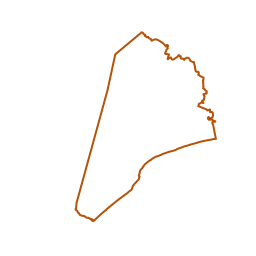 Limon, Colón, Honduras (Natural Earth projection), rotated 140°
{"feature_id": "27666195B22880782572265", "entity_name": "Limon", "entity_type": "district", "adm_level": 2, "iso_a3": "HND", "parent_name": "Honduras", "parent_adm1": "Colón", "projection": "natural_earth1", "projection_center": [-85.558, 15.789], "detail": "fine", "context": "isolated", "style": "outline", "palette": "amber", "viewbox_px": 256, "rotation_deg": 140, "n_neighbors": 0, "source": "geoboundaries", "source_scale": "gbopen_adm2", "svg_char_len": 5276}
<svg xmlns="http://www.w3.org/2000/svg" viewBox="0 0 256 256"><g transform="rotate(140 128 128)"><path d="M214.1,78.9L213.8,79.0L212.6,78.9L211.4,79.0L210.5,79.1L206.7,79.2L204.2,79.4L203.2,79.4L202.9,79.4L199.6,79.4L198.4,79.4L197.6,79.3L196.5,79.5L195.4,79.6L193.8,79.4L193.1,79.5L191.5,79.4L190.6,79.5L190.2,79.5L189.6,79.4L188.6,79.5L186.6,79.3L186.0,79.4L184.5,79.4L182.1,79.3L177.8,79.1L175.9,78.9L175.1,78.8L174.7,78.8L174.2,78.9L173.4,78.9L172.0,78.6L171.0,78.6L170.4,78.5L169.8,78.6L168.1,78.7L166.2,78.5L165.2,78.5L164.8,78.6L163.3,79.3L162.2,80.1L161.5,80.5L159.8,80.8L159.2,81.0L158.5,81.0L156.5,81.3L154.9,81.5L154.0,81.6L153.1,81.7L152.4,81.9L152.2,82.1L152.1,82.3L151.9,82.6L151.3,82.8L150.8,83.0L150.4,83.3L150.3,83.6L150.4,84.3L150.0,84.8L149.7,85.1L149.0,85.3L148.4,85.8L147.6,86.3L146.6,87.3L146.3,87.5L145.9,87.6L145.3,87.8L142.9,88.1L141.8,88.4L141.2,88.7L140.1,88.9L138.7,89.3L137.7,89.3L136.2,89.3L135.4,89.4L133.0,89.2L131.9,89.0L131.2,88.9L130.8,88.8L129.7,88.9L127.8,88.7L126.4,88.4L124.9,88.1L123.1,87.2L121.5,86.7L120.9,86.6L120.4,86.3L119.3,86.0L118.4,85.8L117.2,85.5L116.0,84.9L113.5,84.0L111.4,83.2L108.2,81.6L106.1,80.7L105.5,80.5L104.2,80.4L102.3,79.8L100.1,78.9L96.4,77.6L93.5,76.2L91.4,75.4L85.1,72.5L82.6,71.5L80.4,70.4L79.4,70.0L76.8,68.5L71.8,65.7L69.3,64.3L67.6,63.3L60.7,75.8L60.7,76.2L60.6,76.7L60.4,77.0L60.2,77.5L59.9,77.9L59.7,78.2L59.4,78.2L58.9,77.9L58.2,77.4L57.5,77.0L57.1,76.9L56.9,77.0L57.0,77.4L57.1,77.6L57.5,78.0L57.8,78.5L57.9,78.9L58.1,80.0L58.2,80.4L58.5,80.6L59.0,81.0L60.2,82.1L60.6,82.4L60.8,82.5L60.8,82.9L60.8,83.3L60.7,83.7L60.5,84.0L60.3,84.4L60.0,84.6L59.7,84.6L59.4,84.6L59.2,84.4L59.0,83.4L58.8,83.0L58.6,82.6L58.4,82.4L58.0,82.1L57.6,82.0L57.0,81.9L56.5,81.9L55.9,82.1L54.5,83.3L53.5,84.8L53.3,85.3L53.2,85.6L53.3,85.9L53.4,86.1L53.5,86.4L53.7,86.6L54.7,87.2L54.9,87.4L54.9,87.5L54.5,88.2L54.2,88.5L53.8,88.8L53.5,89.1L53.4,89.3L53.4,89.5L53.5,89.6L54.7,89.9L55.3,90.2L55.7,90.4L55.9,90.6L56.0,90.7L56.0,91.0L55.8,91.5L60.0,99.4L59.7,99.5L58.6,100.8L58.3,100.9L58.0,100.9L56.9,100.5L56.4,100.4L54.8,100.4L54.7,100.3L54.6,100.1L54.6,99.4L54.6,99.2L54.3,98.8L54.1,98.8L54.0,99.0L53.9,100.4L53.8,101.0L53.5,101.1L53.0,100.9L52.5,101.0L52.2,101.0L51.9,100.8L51.6,100.8L51.1,101.5L49.6,102.5L49.1,103.0L48.9,104.6L48.6,104.8L48.4,105.3L48.2,105.3L47.9,105.2L46.6,104.3L45.9,104.0L45.6,104.1L45.4,104.2L45.2,104.7L44.8,104.7L44.6,105.0L44.3,105.3L44.1,105.8L44.1,106.0L44.3,106.2L44.4,106.6L44.6,107.5L44.4,108.1L44.3,108.5L44.9,109.6L44.9,109.8L44.9,110.2L44.3,110.4L44.0,110.7L43.8,110.9L43.6,111.4L43.5,111.7L42.9,112.1L42.4,112.8L41.7,114.1L41.6,114.3L41.2,114.4L40.9,114.6L40.3,115.9L40.0,116.3L39.8,116.4L39.7,116.4L39.3,116.4L39.1,116.7L38.2,117.4L38.0,117.6L37.9,118.2L38.0,118.8L39.0,120.4L39.3,121.2L39.3,121.5L39.3,121.8L39.4,122.4L39.6,122.8L40.0,123.3L40.0,123.5L39.9,123.7L39.1,124.1L38.9,124.3L38.3,124.7L38.1,125.1L38.0,125.5L38.1,125.9L39.0,126.6L39.2,126.8L39.3,127.1L39.5,127.7L39.5,128.0L39.5,128.3L39.4,128.6L39.0,129.0L38.7,129.7L38.1,130.9L37.2,132.1L36.5,133.6L36.0,134.9L35.4,135.6L35.2,135.9L35.2,136.0L35.3,136.2L35.8,136.7L36.1,137.1L37.0,139.3L37.0,139.6L36.5,141.7L36.5,142.1L36.6,142.5L36.7,142.8L36.9,143.1L37.4,143.8L37.7,144.0L38.7,144.2L40.0,144.5L40.9,144.1L41.1,144.1L41.3,144.5L41.2,145.3L41.2,145.5L41.3,145.7L41.4,146.0L41.7,146.2L42.2,146.5L42.4,146.7L42.6,147.0L42.7,147.6L42.4,148.1L42.3,148.3L41.7,148.7L41.6,148.9L41.6,149.0L42.2,149.5L42.1,149.9L41.9,150.5L42.0,150.7L42.2,151.0L42.6,151.2L42.8,151.2L43.3,151.1L44.0,150.8L44.4,150.7L46.1,151.0L48.3,151.1L49.1,151.3L49.5,151.5L49.8,151.7L50.1,152.0L50.2,152.7L49.9,154.3L49.9,154.5L50.0,154.7L50.2,154.8L51.2,155.0L52.3,155.0L52.8,155.0L53.1,155.0L53.3,155.2L53.3,155.3L53.2,155.5L52.7,155.7L51.5,156.7L50.4,157.3L49.4,157.8L49.3,158.0L50.0,158.7L50.9,159.9L51.6,160.5L51.7,161.0L51.6,161.4L51.5,161.5L49.9,162.2L48.8,162.8L48.3,163.2L48.1,163.3L47.4,163.4L46.7,163.4L46.3,163.5L46.2,163.7L46.1,163.9L45.9,164.7L45.6,164.8L45.0,164.9L44.7,165.0L44.5,165.3L44.4,165.6L44.5,166.4L44.7,166.5L45.0,166.5L45.9,166.3L46.3,166.3L46.5,166.3L46.5,168.6L46.8,171.0L46.7,171.4L46.9,171.7L47.2,172.1L47.3,172.3L47.7,174.0L48.4,175.8L48.7,176.5L49.4,177.7L49.8,178.1L51.1,178.9L52.2,179.3L53.5,179.5L53.8,179.8L53.4,181.2L53.4,181.8L53.5,182.0L54.0,182.7L54.3,183.4L54.3,183.6L54.2,184.0L54.0,184.6L54.0,184.8L54.1,185.0L54.3,185.1L55.2,185.4L55.4,185.6L55.5,185.8L55.5,186.0L55.4,186.3L55.4,186.6L55.8,187.4L55.8,187.6L55.0,188.1L54.9,188.3L54.9,188.5L55.0,188.7L55.5,189.4L55.7,189.6L55.7,189.9L55.5,190.7L55.5,191.2L55.6,191.8L56.0,192.5L90.4,192.6L119.3,170.2L215.8,103.5L218.6,100.7L219.0,100.2L219.9,99.7L220.3,99.6L220.5,99.2L220.6,98.7L220.4,98.2L220.1,97.6L220.1,97.1L220.2,96.8L220.6,96.1L220.7,95.6L220.7,95.3L220.3,94.0L220.4,93.6L220.6,93.3L220.7,93.0L220.8,92.8L220.7,92.5L220.4,91.7L219.8,90.8L219.6,90.2L219.0,89.7L218.8,89.4L218.5,89.1L218.2,88.8L217.9,88.2L217.7,86.7L217.3,85.8L216.9,85.4L216.7,85.2L216.4,85.1L216.2,84.9L215.4,82.9L215.4,82.7L215.1,82.6L214.8,82.4L214.6,82.0L214.5,81.8L214.9,81.3L215.0,81.1L214.7,80.8L214.0,80.4L213.9,80.3L213.9,80.2L214.1,80.0L214.5,80.0L214.9,79.9L215.0,79.8L215.0,79.7L214.9,79.5L214.7,79.3L214.2,79.2L214.1,78.9Z" fill="none" stroke="#b45309" stroke-width="2"/></g></svg>